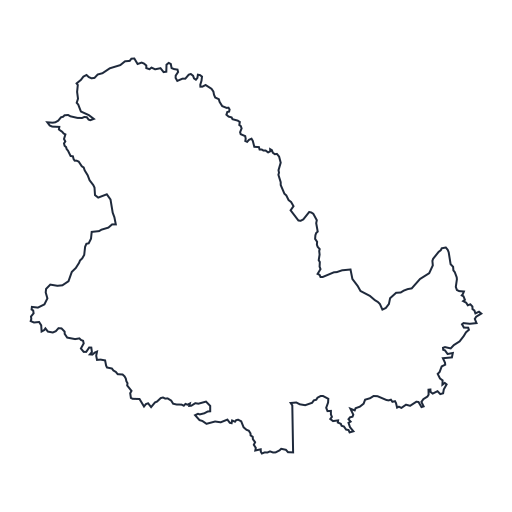 Santiago, Rio Grande do Sul, Brazil
{"feature_id": "56859067B44977778999111", "entity_name": "Santiago", "entity_type": "district", "adm_level": 2, "iso_a3": "BRA", "parent_name": "Brazil", "parent_adm1": "Rio Grande do Sul", "projection": "orthographic", "projection_center": [-54.765, -29.102], "detail": "fine", "context": "isolated", "style": "outline", "palette": "slate", "viewbox_px": 512, "rotation_deg": 0, "n_neighbors": 0, "source": "geoboundaries", "source_scale": "gbopen_adm2", "svg_char_len": 5935}
<svg xmlns="http://www.w3.org/2000/svg" viewBox="0 0 512 512"><path d="M131.4,58.7L129.7,60.9L125.0,61.3L120.3,65.1L109.8,68.3L102.5,73.2L97.7,74.5L94.5,77.9L91.5,78.3L88.8,77.1L86.5,75.0L83.4,76.6L80.9,79.9L76.6,83.4L77.8,85.0L77.1,91.9L78.0,98.7L76.7,102.8L78.2,104.5L80.9,111.5L88.8,115.1L93.8,118.9L90.3,120.2L88.6,119.6L86.8,117.2L84.3,117.0L82.0,118.0L77.4,117.9L70.4,116.3L68.1,115.0L64.5,115.3L63.2,116.7L61.0,117.3L58.2,120.7L55.3,122.3L52.7,122.7L47.3,122.3L49.7,125.5L52.2,126.6L59.3,126.9L58.9,129.5L62.3,131.9L63.6,133.5L65.4,134.4L64.0,139.0L65.3,141.4L64.0,143.4L64.6,145.8L66.1,147.1L66.6,149.0L68.0,150.7L70.6,156.0L72.9,156.3L73.6,159.1L74.7,160.7L76.6,160.7L78.7,161.6L81.8,166.3L83.7,167.5L84.7,170.4L87.7,175.3L89.6,180.3L93.3,185.1L94.5,187.6L95.0,195.1L98.2,197.6L106.8,194.3L110.5,199.5L112.7,212.7L114.4,217.3L115.8,224.4L112.1,224.4L108.4,227.6L101.4,229.7L99.1,231.1L91.7,231.9L91.0,238.7L88.7,243.3L86.4,243.8L85.1,246.8L84.2,254.9L82.2,258.4L80.0,260.5L79.1,262.8L75.8,268.0L71.8,271.9L68.5,281.2L62.4,285.3L57.4,285.8L50.3,284.6L46.1,288.9L45.7,292.4L47.4,298.4L44.4,304.4L37.9,307.6L31.9,306.9L31.6,309.5L33.2,310.5L33.6,313.3L31.0,316.5L31.3,318.9L30.7,321.1L34.0,322.5L39.1,322.0L41.2,325.3L41.6,331.5L44.2,330.1L45.4,328.4L47.9,331.6L52.8,332.5L55.8,331.2L58.5,328.2L61.5,328.4L64.6,331.6L64.7,333.9L67.2,337.6L75.1,339.1L79.4,338.4L81.0,340.0L83.1,340.8L83.7,343.4L80.9,348.5L83.7,351.9L86.2,351.9L89.2,347.5L91.3,347.6L91.9,352.1L89.9,354.4L92.4,354.6L94.9,352.5L97.0,351.6L96.2,355.8L97.0,359.9L100.6,359.6L105.1,360.4L106.1,365.6L107.0,367.5L111.9,368.5L113.4,370.5L115.8,371.9L117.7,374.2L122.6,374.5L124.6,376.4L125.8,378.6L126.4,381.3L127.5,383.2L127.2,385.5L131.5,390.9L130.2,393.2L130.9,397.9L132.6,398.8L139.5,399.0L144.0,406.5L145.9,404.1L148.1,403.3L151.1,407.1L155.0,402.4L157.0,401.6L160.7,398.1L163.0,397.5L165.2,398.6L167.6,398.4L171.2,400.6L173.1,403.7L176.5,404.5L181.5,404.6L183.8,405.7L185.5,403.9L187.5,404.7L189.9,403.5L189.3,405.9L191.3,405.7L195.3,403.2L198.4,403.7L206.0,401.6L210.2,405.9L210.2,411.3L207.7,411.5L204.3,413.3L199.8,414.4L198.0,413.8L195.1,415.2L199.5,420.1L202.4,421.0L206.5,423.8L215.1,421.5L220.7,422.3L227.4,419.6L229.8,422.8L231.6,423.2L232.1,420.5L235.0,421.7L236.1,420.2L238.1,419.7L241.2,421.3L243.6,427.3L246.5,429.8L248.8,430.7L250.5,433.4L250.6,435.4L252.7,436.8L252.9,439.2L255.1,442.2L253.8,444.8L255.8,447.9L255.3,450.5L260.7,449.3L260.8,451.7L261.9,453.5L264.7,452.4L267.4,452.5L270.0,451.4L273.1,452.5L275.6,452.4L279.5,450.4L281.2,448.8L285.9,449.8L288.0,452.2L293.1,452.4L292.3,405.4L290.7,403.0L296.3,402.5L299.8,404.3L305.2,405.2L312.1,402.8L313.8,400.4L316.3,399.7L317.5,397.7L320.7,396.0L323.0,396.0L328.3,398.8L328.1,402.5L326.2,407.8L327.5,411.1L330.9,410.9L330.9,414.4L331.9,416.9L330.3,419.0L333.0,421.1L338.1,420.4L337.8,422.5L340.8,423.8L341.6,425.8L343.9,426.5L346.1,429.6L348.5,430.0L349.6,432.4L353.4,431.3L350.0,427.2L348.5,422.8L350.6,421.6L348.5,419.2L350.0,417.3L352.5,416.7L353.3,414.7L350.4,408.7L354.7,410.4L355.6,408.2L359.8,406.7L363.6,403.7L365.1,399.7L370.1,398.2L373.6,396.0L377.5,396.2L386.4,400.0L388.6,400.4L390.9,399.7L392.4,401.8L395.0,401.2L396.0,403.1L397.1,407.6L398.9,406.7L401.4,407.9L406.0,404.7L410.1,405.8L416.4,401.7L418.5,402.0L421.5,407.1L423.6,406.4L421.4,401.9L423.4,399.1L427.4,396.6L428.6,394.7L428.5,389.7L430.4,389.5L430.5,391.9L432.7,393.6L437.5,391.2L440.3,394.1L443.1,393.3L443.8,389.4L446.6,384.4L444.7,382.9L442.4,384.7L442.6,380.4L440.0,378.5L437.7,373.9L439.6,372.0L441.7,366.4L445.2,364.7L445.0,362.7L442.9,358.2L451.9,357.4L452.8,353.0L447.6,354.0L445.0,350.4L443.2,349.8L443.0,347.8L445.0,347.1L450.7,348.4L453.8,345.1L459.6,341.4L463.7,336.1L466.0,332.3L468.9,329.8L468.2,327.7L463.9,327.6L462.0,324.3L463.5,323.1L469.8,323.8L476.5,323.1L474.8,318.9L476.2,316.7L481.3,313.6L479.0,311.7L475.4,313.4L474.4,310.5L472.5,309.1L472.4,306.5L470.3,304.3L467.8,305.3L466.2,302.7L463.2,301.1L464.9,299.8L463.5,296.3L461.8,295.4L462.9,294.0L463.9,291.5L459.1,291.1L456.9,290.0L455.8,286.9L456.9,279.3L456.7,277.3L454.8,272.2L453.4,270.4L453.1,266.8L450.6,264.2L448.7,252.3L447.7,249.8L445.8,247.5L441.7,248.3L440.8,250.2L438.6,251.9L433.1,258.8L432.4,260.9L432.8,265.4L429.2,273.2L420.0,279.0L411.7,288.4L407.7,289.1L403.8,290.6L400.7,292.5L396.1,292.8L390.1,298.2L388.9,304.0L385.8,308.0L382.4,309.6L379.9,304.0L377.9,302.0L374.8,300.1L369.9,295.9L360.5,291.0L357.7,286.0L352.4,279.0L350.5,269.5L342.1,270.3L336.8,272.1L333.9,272.3L322.7,277.0L320.5,277.0L319.6,274.9L317.6,273.9L320.5,269.1L319.6,266.7L319.8,262.0L318.7,260.2L319.6,254.6L319.2,251.0L319.7,249.1L317.7,246.9L316.9,244.7L317.1,241.8L315.1,238.9L315.4,235.2L316.2,233.0L317.7,231.6L316.2,223.2L316.8,220.2L313.3,213.8L311.3,212.5L309.2,212.0L303.3,219.4L300.6,220.8L298.4,220.5L290.6,210.3L293.5,206.2L291.1,202.0L288.6,200.1L286.3,195.4L284.4,193.7L280.7,185.0L280.7,182.2L278.4,174.8L279.0,172.7L278.5,170.2L280.7,162.7L279.1,156.6L276.9,153.9L274.8,154.2L272.8,152.7L271.9,150.2L270.2,149.2L270.3,151.3L268.1,152.4L265.6,150.5L263.3,150.5L261.7,149.5L259.6,149.5L258.9,147.1L254.3,146.8L252.8,140.9L251.5,138.7L249.0,139.8L247.1,141.9L245.3,141.0L245.7,138.7L245.2,136.1L240.7,134.2L240.1,132.2L241.6,128.4L240.8,126.1L239.3,125.0L239.8,122.0L237.7,120.6L232.5,119.2L231.6,117.4L228.6,116.6L226.4,114.7L227.3,112.0L229.1,111.6L229.6,109.5L228.5,107.7L226.6,107.9L222.2,106.1L219.6,101.9L218.8,99.2L215.2,97.5L214.0,94.7L213.4,91.6L211.5,88.8L205.6,85.0L202.3,86.7L200.4,86.7L200.3,84.7L201.5,80.7L202.0,76.6L200.0,75.1L197.9,74.7L197.4,77.9L195.9,79.7L194.0,78.4L193.1,75.8L190.8,74.0L188.7,74.7L185.3,78.7L182.4,78.7L177.3,80.9L175.6,77.9L175.7,75.6L178.1,72.0L177.5,69.6L174.1,69.1L171.6,68.1L170.8,64.0L168.7,62.9L166.5,64.7L166.3,71.7L163.6,72.1L160.5,68.2L155.1,69.3L151.5,67.6L149.5,69.2L146.3,68.1L146.3,65.5L143.9,63.5L141.6,62.6L137.6,64.0L134.3,58.5L131.4,58.7Z" fill="none" stroke="#1e293b" stroke-width="2"/></svg>